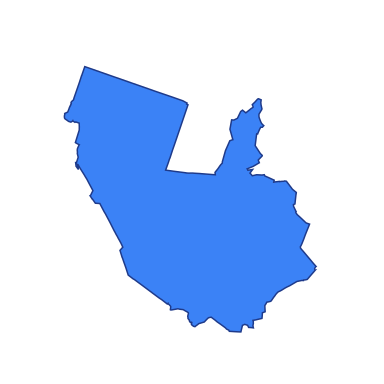 Dzelzavas pag., Madona, Latvia, rotated 166°
{"feature_id": "27541924B55159579541929", "entity_name": "Dzelzavas pag.", "entity_type": "district", "adm_level": 2, "iso_a3": "LVA", "parent_name": "Latvia", "parent_adm1": "Madona", "projection": "mercator", "projection_center": [26.465, 56.987], "detail": "fine", "context": "isolated", "style": "filled", "palette": "blue", "viewbox_px": 384, "rotation_deg": 166, "n_neighbors": 0, "source": "geoboundaries", "source_scale": "gbopen_adm2", "svg_char_len": 5433}
<svg xmlns="http://www.w3.org/2000/svg" viewBox="0 0 384 384"><g transform="rotate(166 192 192)"><path d="M298.3,245.2L297.6,243.3L296.7,241.3L296.5,246.5L296.0,246.2L295.1,242.9L292.6,235.3L292.2,234.0L291.9,232.9L290.9,229.8L289.8,225.2L287.8,217.3L290.3,214.4L290.4,214.1L291.7,213.0L291.8,213.0L290.5,209.2L290.3,209.2L288.5,204.5L284.2,203.1L283.4,199.7L282.0,194.0L281.2,191.5L281.2,191.4L278.8,181.7L278.7,181.2L276.8,172.8L276.5,171.8L276.3,171.1L276.2,170.5L275.9,169.3L275.2,166.9L274.7,164.7L274.1,162.6L273.9,161.8L273.6,160.6L273.4,159.9L272.9,157.4L272.5,155.2L276.0,152.8L275.8,149.1L275.6,145.5L275.5,145.4L275.1,140.7L274.5,134.5L274.3,131.5L274.0,126.8L273.5,126.2L272.3,124.7L270.2,122.0L269.1,121.0L265.5,116.6L264.4,115.3L255.9,104.9L255.4,104.4L255.2,104.0L253.3,101.7L249.6,97.2L247.4,94.8L245.9,92.9L243.1,89.3L242.6,89.6L242.2,89.8L242.2,89.5L242.0,88.9L241.4,88.2L240.7,86.9L240.5,86.5L240.4,86.0L240.4,85.8L240.4,85.7L241.5,83.0L241.5,82.9L241.4,82.8L240.6,82.6L240.3,82.5L233.9,82.1L232.2,81.2L229.0,80.0L228.1,79.1L227.4,78.4L227.1,78.1L226.2,77.3L225.5,76.6L225.0,76.1L224.8,75.8L224.8,75.7L224.8,75.2L225.0,74.9L225.7,73.4L226.2,72.5L226.2,72.3L226.3,70.9L226.5,70.2L225.8,68.7L225.6,68.3L225.7,68.2L225.7,67.5L225.7,67.4L225.7,67.2L225.5,66.9L225.5,66.6L225.4,66.3L225.2,66.0L225.1,65.9L224.9,65.7L224.1,65.8L223.8,65.6L223.8,65.4L223.8,65.2L224.1,64.8L224.3,64.7L224.3,64.4L224.4,64.1L224.5,63.9L224.6,63.7L224.5,63.3L224.4,63.2L224.0,62.6L223.0,61.3L221.7,60.6L220.3,61.3L219.2,61.7L217.7,62.4L217.5,62.6L211.5,62.9L209.2,64.4L207.4,65.5L206.3,66.0L203.7,65.9L203.5,65.7L203.2,65.3L200.6,62.1L199.1,60.0L196.3,56.8L192.9,52.7L192.3,51.9L191.7,50.7L189.7,49.0L189.5,47.8L185.1,46.4L180.9,45.1L178.4,44.4L177.6,46.0L175.3,50.4L172.8,50.8L171.1,49.7L170.3,49.2L169.8,46.9L166.8,45.9L165.3,45.3L165.3,46.3L165.2,47.5L164.5,49.2L164.3,49.5L164.1,50.6L163.8,51.5L163.9,51.8L163.9,52.7L161.2,52.5L159.1,52.5L154.7,52.4L154.5,52.9L153.6,55.5L152.9,57.8L150.0,58.1L149.0,63.3L148.8,64.2L147.1,65.8L146.1,67.0L144.0,66.9L143.2,66.9L142.8,66.9L142.0,66.9L141.3,67.4L140.9,67.7L138.2,70.1L137.0,71.0L136.0,71.9L135.7,72.2L134.0,73.4L132.4,74.3L130.5,74.6L128.3,75.2L125.6,76.1L124.2,76.5L122.6,76.9L120.0,77.4L111.8,79.8L111.5,79.8L106.8,79.6L106.5,79.5L105.5,79.2L105.5,79.3L105.4,79.5L105.2,79.6L102.9,79.3L101.3,79.3L97.5,82.0L91.4,86.3L91.5,86.3L91.6,86.9L91.6,87.4L91.6,87.9L91.4,88.2L90.8,88.9L90.0,89.6L89.6,89.7L91.2,92.8L92.3,95.0L93.5,97.5L98.9,108.5L99.1,108.8L100.3,111.3L100.2,111.9L100.1,112.7L99.6,113.2L99.4,113.4L99.2,113.6L97.9,115.2L95.3,118.8L94.4,120.1L92.8,122.5L92.1,123.5L87.4,130.0L85.7,132.4L88.5,134.2L88.8,134.5L89.1,134.9L93.5,141.8L94.6,143.4L95.6,144.9L95.7,145.5L96.0,146.2L96.0,146.3L96.2,146.8L96.2,147.4L96.0,147.6L95.7,147.8L95.8,148.0L96.9,153.4L96.7,154.9L96.6,155.3L95.0,155.5L91.5,165.0L91.4,165.0L90.9,166.3L91.1,166.6L93.9,170.4L95.1,173.3L95.5,174.2L97.8,179.6L98.0,179.7L98.7,180.0L99.2,180.2L99.4,180.3L99.7,180.3L100.0,180.2L101.0,180.3L101.7,180.5L103.0,180.7L104.7,180.9L104.8,181.2L105.0,181.2L106.7,181.4L109.0,181.7L110.3,181.8L109.4,183.6L114.4,187.6L117.4,189.9L117.7,191.3L119.9,191.5L125.1,193.1L129.6,193.2L130.4,194.9L131.2,196.3L127.7,199.2L130.4,199.4L132.5,199.6L132.5,200.3L132.9,201.1L126.3,202.1L119.6,204.1L120.0,207.0L115.3,209.9L115.0,210.5L116.4,212.8L119.5,221.7L115.5,232.0L115.2,232.7L114.3,232.4L113.4,233.7L110.9,236.9L110.3,237.5L109.7,238.2L108.1,237.8L106.3,239.0L106.6,239.4L107.1,240.3L107.7,241.3L108.0,242.0L108.3,243.5L108.4,244.2L108.7,246.6L108.8,247.5L108.8,248.6L108.7,249.4L108.3,251.0L108.0,251.5L104.4,255.1L104.0,255.8L104.0,257.1L103.9,260.2L103.8,260.7L103.7,261.4L103.6,262.1L103.5,262.4L103.4,262.8L103.1,263.3L102.9,263.9L102.6,264.7L104.9,266.4L105.8,266.3L106.3,266.0L109.1,264.1L112.4,262.2L112.1,260.2L112.3,259.4L113.4,259.0L114.6,258.6L115.8,258.0L120.6,255.8L122.6,258.4L123.2,259.2L125.3,258.3L130.1,252.5L134.0,251.7L136.1,252.4L139.7,244.4L140.0,243.7L140.0,243.3L139.7,232.9L140.1,232.9L142.9,232.6L146.3,228.2L149.5,224.1L150.8,221.8L155.3,213.9L155.6,212.7L157.4,211.6L157.9,211.2L158.0,211.0L158.4,210.8L159.2,210.1L160.3,209.1L161.1,208.4L164.9,205.5L165.2,203.1L167.4,203.8L170.1,204.7L177.9,207.3L179.9,208.0L184.7,209.5L186.8,210.2L189.2,210.8L190.3,211.0L193.1,211.9L193.1,212.0L194.3,212.5L205.1,216.7L206.3,217.2L212.3,219.6L207.7,226.5L205.9,229.4L205.1,230.4L200.8,237.3L198.1,241.4L193.5,248.5L174.8,277.6L175.7,278.3L176.0,278.7L175.3,279.5L178.8,282.7L187.9,288.7L198.1,295.3L202.6,298.2L265.7,339.6L268.5,335.3L270.9,331.6L271.0,331.6L274.8,325.5L282.1,314.3L283.8,311.7L284.0,311.4L284.0,311.2L284.7,310.1L285.0,309.9L285.7,309.6L286.2,309.3L286.4,309.2L286.5,309.1L287.1,308.7L287.5,308.4L287.7,308.1L287.9,307.6L287.8,307.2L287.7,307.0L287.9,306.7L288.0,306.7L289.8,304.5L289.7,304.5L290.1,304.1L293.2,299.7L293.4,299.6L296.5,299.0L296.5,298.4L296.8,297.9L297.4,296.7L297.7,295.5L297.8,294.6L297.6,294.0L297.5,293.7L297.3,293.4L296.2,292.2L295.2,291.0L294.6,290.3L294.1,290.0L292.6,289.1L290.6,289.7L290.5,289.8L290.5,289.7L290.4,289.7L288.7,287.9L287.8,288.1L284.8,286.1L285.4,283.4L285.6,282.4L286.0,281.0L286.4,279.4L287.8,277.1L293.2,268.2L292.8,267.7L292.6,267.5L290.0,265.1L290.3,264.9L292.6,261.9L293.2,260.5L293.4,259.2L293.7,257.8L293.7,257.7L294.0,257.1L294.0,253.3L297.0,248.5L297.8,248.7L298.2,245.3L298.3,245.2Z" fill="#3b82f6" stroke="#1e3a8a" stroke-width="1.5"/></g></svg>